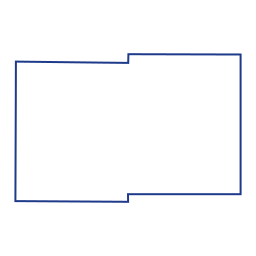 Kidder, North Dakota, United States of America, rotated 90°
{"feature_id": "52423323B48688869895164", "entity_name": "Kidder", "entity_type": "district", "adm_level": 2, "iso_a3": "USA", "parent_name": "United States of America", "parent_adm1": "North Dakota", "projection": "mercator", "projection_center": [-99.858, 46.979], "detail": "fine", "context": "isolated", "style": "outline", "palette": "blue", "viewbox_px": 256, "rotation_deg": 90, "n_neighbors": 0, "source": "geoboundaries", "source_scale": "gbopen_adm2", "svg_char_len": 297}
<svg xmlns="http://www.w3.org/2000/svg" viewBox="0 0 256 256"><g transform="rotate(90 128 128)"><path d="M72.2,15.4L54.5,15.4L54.2,127.6L62.9,127.8L62.6,156.0L61.6,240.1L98.2,240.2L201.1,240.6L201.8,127.9L194.2,128.0L194.2,15.4L72.2,15.4Z" fill="none" stroke="#1e3a8a" stroke-width="2"/></g></svg>